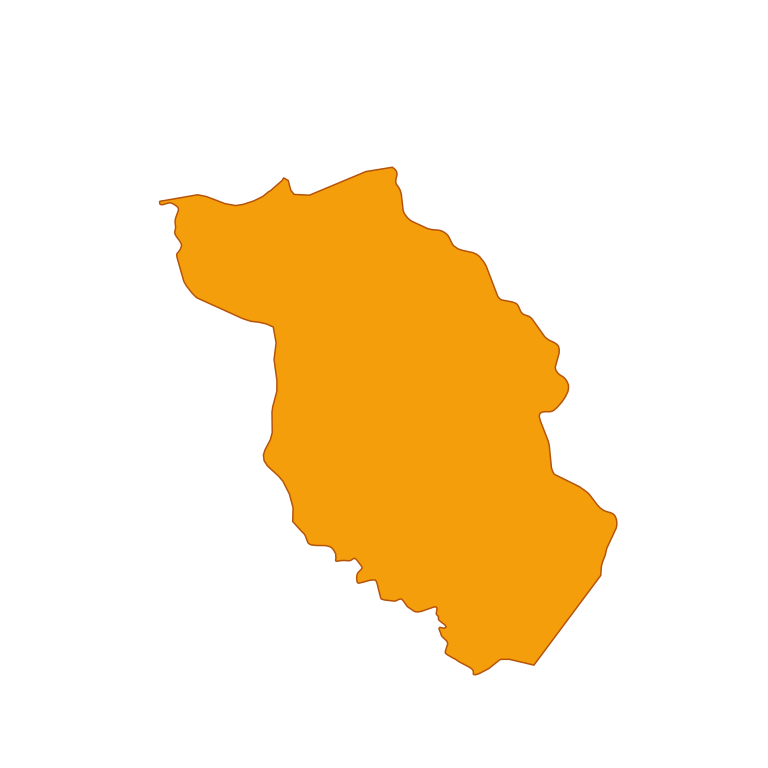 the border of River Cess, rotated 127°
{"feature_id": "LBR-792", "entity_name": "River Cess", "entity_type": "County", "adm_level": 1, "iso_a3": "LBR", "parent_name": "Liberia", "parent_adm1": "", "projection": "mercator", "projection_center": [-9.35, 5.813], "detail": "fine", "context": "isolated", "style": "filled", "palette": "amber", "viewbox_px": 768, "rotation_deg": 127, "n_neighbors": 0, "source": "natural_earth", "source_scale": "10m", "svg_char_len": 3913}
<svg xmlns="http://www.w3.org/2000/svg" viewBox="0 0 768 768"><g transform="rotate(127 384 384)"><path d="M372.9,672.9L345.0,646.7L341.2,638.7L335.6,619.4L330.8,609.9L325.2,604.5L316.6,598.5L307.3,593.7L299.5,591.8L298.0,591.0L283.0,587.9L279.8,588.1L279.1,583.0L285.4,575.0L286.7,569.9L278.1,557.2L225.2,526.3L205.9,507.8L205.9,507.6L205.9,505.1L206.3,503.0L207.2,501.2L209.3,499.4L212.6,498.0L215.1,496.6L216.9,494.7L217.9,491.3L219.3,488.1L221.8,484.6L234.0,473.0L235.8,470.0L237.2,464.9L237.4,461.7L237.2,459.2L233.7,442.8L231.9,438.7L228.3,433.0L227.4,431.0L226.8,428.9L226.6,426.6L226.6,424.5L226.9,422.4L227.7,420.3L231.1,413.7L231.5,412.4L231.7,410.9L231.6,407.6L231.4,405.8L230.2,402.1L225.6,392.1L224.7,388.2L224.6,386.3L224.8,384.2L226.5,377.6L228.1,373.7L245.4,346.1L246.0,344.3L246.3,342.5L246.0,340.5L241.3,331.0L240.2,327.2L240.3,325.4L241.0,323.4L243.8,318.5L244.4,316.3L244.4,314.3L242.7,308.8L242.7,306.9L242.9,304.9L249.4,284.5L249.4,284.4L249.7,282.6L249.7,279.1L249.4,277.3L248.9,275.4L248.3,271.6L248.4,269.4L248.9,267.3L250.9,264.9L254.0,262.7L267.4,257.4L269.3,255.6L270.6,252.1L270.9,249.4L270.5,244.8L270.8,242.7L271.4,240.4L272.5,238.2L273.9,236.0L276.4,234.0L279.6,232.5L285.3,231.4L291.4,231.1L299.0,231.7L302.7,232.5L304.6,233.4L306.3,234.8L308.9,238.3L310.3,239.9L312.0,241.3L314.1,241.6L316.3,240.7L319.3,237.0L330.8,218.4L334.0,214.7L350.3,199.7L352.6,196.2L353.6,193.6L348.4,165.9L348.2,157.8L348.5,154.0L352.3,140.4L352.9,136.8L352.8,133.1L352.5,131.3L351.9,129.4L350.5,125.8L350.1,123.9L349.9,122.1L350.3,120.3L351.3,118.3L352.7,116.4L355.1,114.2L357.2,112.8L359.4,111.8L380.7,107.3L383.1,106.4L387.1,104.5L395.1,102.2L398.9,100.6L406.4,95.7L518.3,95.1L528.5,118.3L533.7,125.1L535.4,125.8L548.1,129.0L558.0,133.7L561.2,136.0L562.1,137.8L559.4,140.1L558.7,142.4L558.8,145.6L560.6,156.3L560.8,158.8L560.7,160.0L560.9,161.7L561.4,164.3L562.1,170.2L562.1,171.9L562.0,173.0L561.6,173.4L560.4,174.2L553.3,176.7L552.3,177.7L551.5,179.3L550.8,185.4L550.2,187.1L549.1,188.5L546.9,192.0L546.2,192.9L545.4,193.1L544.8,192.9L544.2,192.0L543.5,190.1L542.4,188.8L541.6,188.2L540.5,188.3L540.0,189.4L539.7,191.7L539.7,196.1L539.4,198.3L538.6,199.5L537.7,200.0L537.0,200.5L536.5,203.1L536.2,203.8L535.7,204.3L533.0,205.6L531.1,206.8L530.7,207.9L531.3,209.1L532.3,210.1L543.2,217.4L545.9,220.0L546.9,221.7L547.4,223.4L547.7,230.6L547.6,231.9L545.5,238.3L545.3,239.8L545.3,240.8L545.6,241.2L547.2,242.6L550.2,244.0L551.5,245.6L555.9,253.1L556.9,255.4L557.3,256.9L556.6,258.2L556.0,259.0L547.3,269.7L546.2,271.6L545.9,272.5L545.9,273.2L546.9,274.6L549.4,277.2L558.0,284.0L558.5,284.8L558.5,285.8L557.8,286.8L555.9,288.7L554.5,289.7L552.7,290.7L551.3,291.1L549.9,291.2L545.8,290.7L544.6,290.7L543.9,290.9L543.5,291.4L542.9,292.8L541.0,299.5L540.8,301.4L541.0,302.8L541.8,303.2L542.7,303.7L543.8,303.9L544.8,304.4L545.8,305.1L547.1,306.8L548.5,309.0L550.3,311.4L551.3,312.5L552.5,313.5L554.1,315.2L554.3,316.0L553.6,316.8L552.4,317.3L548.6,320.5L546.7,324.8L546.3,327.3L546.6,329.8L548.2,333.4L553.7,340.9L556.2,345.1L556.7,347.4L556.6,349.1L552.2,356.2L551.8,357.4L551.2,361.7L548.8,374.1L537.6,382.1L528.9,393.2L522.5,406.2L521.0,412.9L519.6,427.7L517.4,433.6L513.3,437.6L508.2,439.4L496.8,441.3L490.1,444.0L473.8,456.6L469.1,459.2L454.3,465.2L445.8,471.5L430.7,486.5L416.1,494.9L405.1,506.8L407.0,514.5L410.1,521.4L414.0,528.0L416.8,536.1L427.7,584.8L427.6,587.6L426.9,592.2L424.5,601.1L422.5,605.6L407.6,625.3L405.5,627.4L404.7,627.7L403.7,627.8L402.3,627.6L400.1,627.7L398.2,628.0L395.2,629.0L393.9,630.6L392.8,633.2L391.2,638.5L390.1,641.0L388.6,642.6L385.7,643.9L384.3,644.7L380.6,648.1L379.8,648.7L378.6,649.5L376.9,650.3L369.1,652.7L367.8,653.7L367.0,654.8L366.9,655.8L366.8,657.4L367.0,660.5L367.5,662.6L367.8,663.5L368.5,664.3L369.2,665.1L373.9,668.6L375.0,670.0L375.2,670.8L374.9,671.6L373.7,672.8L373.0,672.9L372.9,672.9Z" fill="#f59e0b" stroke="#b45309" stroke-width="1.5"/></g></svg>